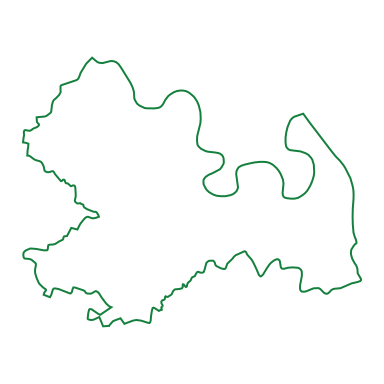 Chau Thanh, Long An, Vietnam (Mercator projection)
{"feature_id": "81297802B81408558281677", "entity_name": "Chau Thanh", "entity_type": "district", "adm_level": 2, "iso_a3": "VNM", "parent_name": "Vietnam", "parent_adm1": "Long An", "projection": "mercator", "projection_center": [106.49, 10.464], "detail": "fine", "context": "isolated", "style": "outline", "palette": "green", "viewbox_px": 384, "rotation_deg": 0, "n_neighbors": 0, "source": "geoboundaries", "source_scale": "gbopen_adm2", "svg_char_len": 5897}
<svg xmlns="http://www.w3.org/2000/svg" viewBox="0 0 384 384"><path d="M303.2,113.7L294.3,116.7L292.2,118.2L290.2,120.6L287.6,126.9L286.3,132.2L285.6,137.2L285.5,142.0L286.0,145.8L286.6,147.4L288.4,149.3L289.9,150.1L300.5,151.4L305.3,153.1L308.4,154.8L311.0,157.7L312.3,159.7L313.8,164.7L314.2,171.5L314.1,173.5L313.7,176.1L313.1,178.3L311.9,181.9L309.9,186.4L307.1,190.9L304.6,193.6L300.5,196.5L298.1,197.8L294.8,198.6L291.5,198.7L286.9,198.2L284.5,197.5L283.6,196.7L282.9,195.3L282.6,193.0L283.5,183.6L282.9,179.4L280.6,173.9L279.0,171.2L276.7,168.2L272.8,164.7L269.7,163.0L267.1,162.2L264.3,161.9L259.5,161.9L254.7,162.4L249.3,163.5L244.4,164.7L241.4,165.7L238.8,167.2L237.6,168.8L236.5,171.2L236.2,174.2L238.0,187.3L237.7,188.6L236.7,190.9L235.5,192.2L233.2,194.1L230.0,195.3L225.3,196.2L220.8,196.2L216.4,195.7L213.1,194.5L209.0,192.1L206.5,189.7L205.3,187.7L203.7,184.5L203.4,182.2L203.6,179.8L204.6,178.1L205.9,176.7L208.7,174.8L212.3,173.3L219.9,169.3L221.6,167.2L223.5,163.8L223.8,162.5L223.6,158.5L223.0,156.7L222.1,155.2L220.2,153.8L218.5,153.1L215.2,152.5L208.0,151.7L205.6,151.1L201.1,148.8L199.5,147.4L198.1,145.8L197.5,144.6L197.0,140.7L197.2,136.1L200.4,123.2L200.7,118.7L200.4,112.0L198.7,105.2L197.1,101.5L194.5,97.5L192.9,95.8L189.4,92.9L186.5,91.3L183.5,90.6L180.3,90.5L176.7,91.1L173.7,92.3L170.2,94.5L168.0,96.3L165.3,99.9L163.1,104.1L161.0,106.6L158.7,107.8L154.4,108.4L146.7,108.3L144.6,108.0L139.5,105.6L137.0,103.6L135.1,100.4L134.3,98.4L134.0,92.5L133.6,90.6L132.6,87.4L130.5,82.9L121.4,68.2L118.7,64.3L116.1,62.1L113.4,61.2L110.8,61.0L102.5,63.1L98.8,62.7L97.0,61.8L92.1,57.7L86.2,63.7L80.7,72.7L79.1,77.0L78.4,78.5L77.6,79.4L76.0,80.3L61.6,85.1L60.9,85.6L60.6,86.1L60.5,87.1L60.6,92.3L59.1,95.0L56.2,98.0L54.1,99.8L53.4,100.7L52.7,102.2L51.9,105.4L51.3,111.1L50.8,112.6L46.5,115.9L44.8,116.5L36.6,117.3L36.9,121.7L38.0,123.4L38.9,124.2L39.0,125.0L38.6,125.7L37.8,126.5L36.1,127.5L33.9,128.3L32.5,129.1L31.5,130.0L29.8,130.8L27.3,130.5L25.5,130.1L24.9,130.1L24.2,130.8L23.8,132.4L24.1,134.8L23.6,137.6L23.0,142.4L25.8,142.8L28.4,143.7L28.2,147.1L27.6,150.2L27.3,155.6L29.0,155.7L30.4,156.5L34.2,159.4L36.3,160.3L39.7,161.2L41.4,162.2L42.6,164.1L43.6,166.2L44.6,170.7L45.5,171.5L47.4,172.2L48.3,172.2L49.8,172.0L51.9,171.2L53.1,171.3L53.9,172.1L55.1,174.2L60.9,181.1L61.7,181.0L63.1,179.7L64.0,179.7L64.6,180.1L65.3,182.2L66.0,183.2L67.9,183.5L70.7,186.1L71.4,186.1L73.0,185.4L74.1,185.5L74.8,186.0L75.2,186.9L75.4,188.7L75.7,193.8L75.7,196.6L74.9,200.1L74.9,201.0L75.3,201.9L77.2,203.4L78.5,203.5L80.2,203.1L81.3,204.0L83.0,204.5L83.3,204.8L83.7,206.6L84.4,207.5L86.9,209.1L92.9,211.5L93.9,211.8L95.5,211.8L96.5,212.2L98.3,214.9L98.9,216.8L95.6,217.9L93.3,218.3L92.6,218.3L90.2,217.6L88.1,216.8L86.9,216.9L85.7,217.6L84.5,218.6L80.9,223.0L79.7,224.9L77.4,229.5L71.3,227.9L67.0,236.0L64.2,236.4L63.6,237.1L63.1,239.2L62.6,239.8L59.2,241.4L55.3,243.9L53.1,244.5L49.8,244.7L48.5,245.0L48.1,246.1L47.7,249.5L47.2,250.2L44.3,250.4L35.9,248.9L30.3,248.5L26.7,250.0L25.2,250.9L23.8,252.3L23.5,253.0L23.3,255.0L23.7,257.4L24.1,258.0L24.6,258.4L25.4,258.7L27.0,258.7L30.2,259.2L31.7,259.9L35.8,263.4L35.9,265.2L35.0,270.0L35.1,272.5L35.6,274.7L36.8,278.4L38.7,282.8L39.6,284.1L43.2,287.6L45.6,289.2L46.0,289.8L46.0,290.3L44.3,292.6L43.7,294.8L50.0,297.2L51.3,294.7L52.9,289.4L54.0,288.5L54.9,288.4L58.5,289.0L70.1,293.5L70.7,293.4L71.8,292.2L72.7,288.8L73.3,287.5L73.7,287.4L75.2,287.6L83.6,290.4L84.8,291.2L85.9,292.9L87.2,293.5L90.2,293.7L91.7,293.4L94.9,291.5L95.9,291.1L97.6,291.9L99.0,293.3L101.7,297.6L106.2,303.6L108.6,305.8L109.8,306.6L111.4,307.2L100.2,314.8L98.3,313.9L91.6,309.3L90.1,309.1L89.4,309.3L89.1,309.7L88.3,313.0L87.7,318.0L87.7,318.8L88.2,319.3L89.8,319.8L91.8,320.0L93.8,319.6L99.3,317.0L103.1,326.3L109.2,325.9L109.6,325.0L112.9,321.3L114.8,320.4L120.5,318.3L124.4,323.8L133.0,320.6L136.3,320.0L141.0,320.6L148.0,322.8L149.5,323.0L150.2,322.2L150.7,320.5L151.0,316.4L151.9,310.7L152.6,308.1L153.3,307.7L154.4,308.0L158.9,310.9L159.5,310.7L160.4,310.0L161.7,309.9L161.8,309.3L161.4,308.2L161.3,307.4L162.4,306.5L162.6,305.4L161.5,303.4L161.3,301.7L162.3,300.3L163.8,300.0L164.5,299.4L164.9,298.5L165.2,296.6L165.6,296.3L166.7,296.8L167.8,296.9L171.2,294.7L171.8,294.0L173.3,290.8L174.9,289.4L179.8,288.9L182.0,288.3L182.7,287.2L182.7,284.9L182.9,284.3L183.8,284.5L185.6,286.9L186.4,286.9L186.9,286.3L187.1,284.9L187.8,283.0L188.6,282.2L190.5,280.7L191.8,277.7L192.4,277.2L194.9,276.1L196.1,273.5L197.3,272.0L198.4,271.8L200.2,272.6L202.0,272.7L203.4,272.3L203.7,272.0L204.6,269.6L206.2,263.5L206.5,262.8L208.0,261.4L208.9,260.9L210.5,260.7L213.1,260.7L214.1,261.5L214.7,262.4L215.3,264.6L215.8,265.4L216.5,266.1L220.7,268.2L223.2,268.9L224.4,269.0L225.3,268.6L225.8,267.9L227.3,263.7L232.5,258.7L233.8,256.9L235.5,255.3L244.4,251.3L245.2,251.5L245.9,251.9L247.2,254.6L251.6,259.6L253.3,262.5L256.6,269.4L258.9,274.9L260.3,276.3L260.8,276.4L261.2,276.2L262.3,275.3L263.2,274.3L266.8,268.3L269.5,264.4L271.0,262.8L273.9,260.5L276.7,259.2L278.3,259.4L279.5,260.3L279.9,261.5L280.8,267.1L281.5,268.2L282.0,268.6L283.2,268.8L284.4,268.7L288.1,267.7L292.7,267.4L298.1,267.8L299.7,268.6L301.2,270.1L301.8,271.7L301.9,274.5L301.8,276.2L300.1,285.1L300.0,288.2L300.2,289.4L300.6,290.5L301.0,291.0L301.9,291.6L304.3,291.7L306.3,291.3L312.8,288.6L314.0,288.3L318.4,288.1L319.2,288.4L320.6,289.3L324.1,292.9L325.8,293.7L327.4,293.7L328.7,292.9L331.4,290.0L333.1,289.1L334.8,288.7L340.5,288.2L351.6,283.4L357.2,282.1L360.2,281.1L361.0,280.1L360.9,278.8L357.7,273.3L357.4,268.8L356.4,265.8L354.4,262.8L352.3,258.9L351.4,256.0L350.9,253.6L351.2,249.9L353.2,246.6L354.9,244.3L356.4,243.3L356.5,242.1L355.8,239.3L354.7,236.7L353.5,232.6L352.8,224.5L352.6,216.8L352.8,208.2L353.5,199.4L353.6,194.4L353.4,190.3L352.7,186.2L350.4,178.2L345.2,167.9L343.4,165.1L339.8,160.6L335.6,156.3L331.9,151.7L309.8,122.8L303.2,113.7Z" fill="none" stroke="#15803d" stroke-width="2"/></svg>